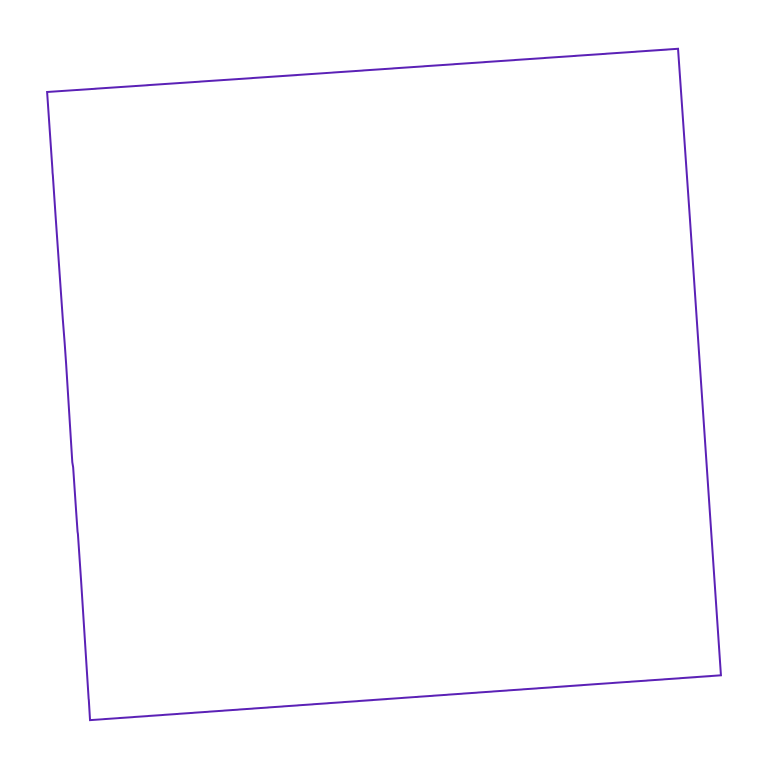 Washington, Kansas, United States of America (Mercator projection), rotated 266°
{"feature_id": "52423323B79876841962369", "entity_name": "Washington", "entity_type": "district", "adm_level": 2, "iso_a3": "USA", "parent_name": "United States of America", "parent_adm1": "Kansas", "projection": "mercator", "projection_center": [-97.1, 39.784], "detail": "fine", "context": "isolated", "style": "outline", "palette": "violet", "viewbox_px": 768, "rotation_deg": 266, "n_neighbors": 0, "source": "geoboundaries", "source_scale": "gbopen_adm2", "svg_char_len": 450}
<svg xmlns="http://www.w3.org/2000/svg" viewBox="0 0 768 768"><g transform="rotate(266 384 384)"><path d="M69.2,67.3L69.8,573.6L69.9,699.8L527.9,700.7L697.9,700.7L698.3,321.5L698.8,68.3L622.7,68.2L621.4,68.2L617.8,68.1L615.3,68.2L575.5,68.1L575.2,68.1L471.5,68.1L447.3,68.3L426.3,68.3L327.7,67.6L322.6,68.1L278.6,68.0L258.1,68.0L255.7,68.2L207.9,68.1L90.4,67.4L89.7,67.5L69.3,67.3L69.2,67.3Z" fill="none" stroke="#5b21b6" stroke-width="2"/></g></svg>